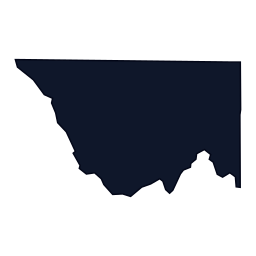 outline of Custer, Colorado, United States of America
{"feature_id": "52423323B47338290573019", "entity_name": "Custer", "entity_type": "district", "adm_level": 2, "iso_a3": "USA", "parent_name": "United States of America", "parent_adm1": "Colorado", "projection": "robinson", "projection_center": [-105.354, 38.078], "detail": "fine", "context": "isolated", "style": "filled", "palette": "ink", "viewbox_px": 256, "rotation_deg": 0, "n_neighbors": 0, "source": "geoboundaries", "source_scale": "gbopen_adm2", "svg_char_len": 685}
<svg xmlns="http://www.w3.org/2000/svg" viewBox="0 0 256 256"><path d="M240.3,62.1L232.7,62.1L15.4,59.6L17.5,67.1L33.4,79.8L44.3,94.6L52.6,98.3L51.6,103.0L55.7,112.9L57.7,122.7L66.3,131.8L75.4,151.4L73.2,153.2L80.1,165.5L79.3,168.4L86.4,174.0L94.6,172.8L101.3,178.7L103.9,184.6L112.7,194.4L122.6,193.9L130.6,196.4L141.7,187.1L150.7,183.9L159.7,178.7L162.9,181.2L165.7,189.6L169.6,193.2L172.8,190.2L180.4,173.9L183.4,170.0L190.4,167.2L190.8,163.4L195.9,159.2L196.6,153.7L204.4,149.5L210.7,154.5L209.3,159.3L213.2,162.1L217.3,174.3L222.6,177.1L229.8,172.7L235.4,176.8L236.2,186.8L240.2,187.3L239.9,114.8L240.6,109.7L240.3,62.1Z" fill="#0f172a" stroke="#020617" stroke-width="1.5"/></svg>